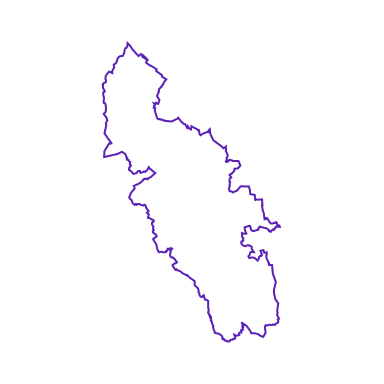 Thurles Lea-5, North Tipperary, Ireland (Equal Earth projection), rotated 240°
{"feature_id": "5873133B42625878328180", "entity_name": "Thurles Lea-5", "entity_type": "district", "adm_level": 2, "iso_a3": "IRL", "parent_name": "Ireland", "parent_adm1": "North Tipperary", "projection": "equal_earth", "projection_center": [-7.824, 52.667], "detail": "fine", "context": "isolated", "style": "outline", "palette": "violet", "viewbox_px": 384, "rotation_deg": 240, "n_neighbors": 0, "source": "geoboundaries", "source_scale": "gbopen_adm2", "svg_char_len": 6066}
<svg xmlns="http://www.w3.org/2000/svg" viewBox="0 0 384 384"><g transform="rotate(240 192 192)"><path d="M50.1,145.0L49.6,145.4L48.8,145.2L48.7,146.1L46.7,146.4L46.3,147.2L45.1,147.6L45.0,148.4L44.0,149.1L43.9,149.8L44.7,151.3L43.8,153.5L44.2,154.1L43.5,155.7L44.7,156.8L47.2,157.3L45.4,158.5L44.6,160.9L44.6,161.6L45.9,161.8L46.5,162.7L45.6,164.4L47.5,165.3L46.9,165.7L47.0,167.0L49.6,167.9L50.3,168.4L49.5,168.8L51.6,170.1L52.5,169.6L54.4,169.6L48.4,172.4L42.3,173.0L40.1,172.7L38.3,175.6L36.2,178.0L33.9,178.9L30.9,181.1L33.3,185.4L38.7,187.6L39.8,189.2L39.1,189.7L38.5,192.3L36.7,194.9L36.8,195.5L36.3,196.6L35.5,197.1L36.0,198.7L35.9,201.2L36.8,202.1L38.7,202.5L38.7,204.0L43.0,204.2L44.1,205.4L47.0,206.7L52.4,211.0L57.5,210.6L63.5,212.5L66.5,214.2L72.1,219.6L80.9,221.2L88.7,224.8L90.2,222.2L91.6,222.6L91.7,223.1L96.8,223.3L99.7,224.4L100.4,225.5L102.4,226.5L103.2,224.2L105.9,224.8L106.8,221.9L102.6,221.1L102.7,220.7L102.0,219.9L102.5,219.2L102.2,217.6L101.1,216.8L99.8,214.5L103.6,213.3L105.5,211.0L105.8,209.4L106.4,208.5L108.2,208.7L108.6,210.3L110.6,212.4L110.6,213.1L109.0,215.5L113.0,215.3L114.6,216.3L116.9,215.2L117.0,214.6L117.8,214.1L118.4,212.5L118.2,211.4L119.4,210.0L120.3,209.4L122.5,208.9L123.7,209.4L123.8,209.9L124.4,210.2L124.0,211.1L124.3,212.2L125.1,212.3L126.2,213.3L127.9,212.9L131.4,214.7L130.2,215.8L128.9,217.9L128.9,218.3L131.2,218.5L135.1,219.8L134.1,224.6L133.6,225.3L129.4,224.3L127.5,225.3L126.2,230.5L127.1,230.9L128.1,233.4L127.5,233.4L126.8,234.7L123.2,238.4L120.2,239.6L119.4,239.2L118.5,240.0L119.2,240.3L118.4,241.0L119.0,242.8L118.3,244.1L119.1,244.5L118.9,246.2L119.9,246.9L120.0,247.7L117.8,250.6L119.4,250.9L120.5,249.3L123.0,250.0L123.0,249.6L124.0,249.4L123.7,248.3L124.3,247.5L124.3,246.2L125.2,244.6L126.3,244.2L131.8,244.0L132.4,243.2L131.7,242.3L132.1,241.2L137.8,243.6L140.4,244.0L145.5,245.9L145.2,246.3L150.6,249.0L152.2,245.5L153.5,243.9L153.4,242.9L153.7,242.8L158.1,244.9L161.1,241.4L165.2,243.3L168.5,243.9L169.8,241.4L172.3,237.7L172.5,236.8L170.6,231.3L171.2,228.8L171.0,227.3L172.9,226.4L173.9,225.0L176.7,225.8L178.4,227.9L179.8,228.2L181.4,230.0L182.0,229.7L183.0,230.0L184.8,231.5L184.9,233.3L188.0,233.1L188.3,234.4L188.0,235.5L188.7,237.2L188.8,238.7L190.9,240.5L189.9,242.3L189.6,244.0L190.7,247.1L195.6,247.7L198.4,242.9L199.7,242.3L199.9,241.7L201.1,240.7L200.8,240.1L201.2,239.0L200.3,238.3L200.8,236.8L201.4,236.5L202.5,238.2L204.3,239.0L204.5,239.8L205.9,241.3L211.0,241.9L211.9,242.8L214.4,244.0L214.1,242.9L214.2,241.0L216.3,240.6L226.3,236.3L233.5,237.0L237.5,238.8L237.1,237.2L235.7,236.0L236.6,234.3L237.1,229.4L236.8,227.9L238.3,227.4L241.7,228.9L241.8,228.3L242.5,228.5L249.2,224.4L246.7,222.4L248.3,221.4L251.1,221.2L250.1,219.9L254.1,220.0L254.8,219.1L258.2,217.9L263.1,217.2L262.8,216.8L263.2,209.7L267.4,203.7L267.9,203.8L268.3,203.1L269.9,202.2L270.0,201.3L271.4,200.5L271.8,199.2L273.3,198.7L281.2,200.5L283.1,202.0L284.1,201.0L284.8,202.2L285.5,202.1L285.8,203.4L287.3,203.4L286.8,203.7L287.1,204.3L286.6,204.4L287.2,205.6L285.5,206.3L285.2,206.8L287.9,209.8L292.7,209.7L294.9,212.9L295.7,213.0L295.9,213.7L297.8,215.2L297.9,216.5L298.4,217.3L298.2,218.2L299.3,219.3L299.3,220.3L301.2,222.9L302.5,226.1L307.0,223.6L308.3,224.4L314.6,221.5L315.7,222.7L319.6,220.9L323.8,218.2L327.0,217.0L327.9,217.9L328.5,219.6L330.5,219.2L329.9,218.7L333.5,217.0L333.6,216.6L334.8,217.0L333.7,218.3L335.0,218.0L337.1,216.7L336.4,214.2L336.6,213.6L345.5,211.7L350.3,211.5L353.1,210.6L350.3,208.7L350.2,207.9L349.7,207.4L349.8,206.3L349.5,205.5L346.3,202.7L344.5,200.2L345.7,197.1L345.2,195.1L341.5,190.5L341.5,188.5L341.1,187.6L338.9,187.0L336.6,183.3L334.9,182.4L337.7,180.4L337.0,178.2L335.6,175.3L333.2,173.5L331.8,173.4L330.2,172.4L330.4,170.2L329.9,168.5L329.4,168.6L326.7,167.0L322.8,166.9L322.5,164.8L320.0,163.5L317.7,163.0L313.8,160.2L313.4,160.1L312.6,161.0L311.5,161.0L308.1,159.7L304.9,157.6L304.2,156.6L303.9,154.7L302.5,154.6L299.0,155.2L296.2,154.3L294.8,151.9L292.8,151.2L286.5,145.5L274.6,146.6L274.5,145.6L275.5,144.5L271.1,136.5L266.2,133.4L262.2,146.4L261.9,151.4L258.2,153.2L256.1,153.1L255.0,152.5L253.8,153.0L253.3,152.1L252.7,151.9L252.2,152.0L251.5,153.0L250.4,152.8L248.8,153.5L247.2,152.0L245.4,152.4L244.2,149.3L243.6,149.3L242.7,148.5L240.5,149.6L237.0,150.3L236.1,153.1L237.1,155.5L236.2,157.4L235.3,156.9L234.2,157.2L233.7,159.9L233.8,160.7L232.8,161.5L233.2,162.5L233.1,163.7L235.2,167.1L234.9,167.3L233.8,166.6L231.7,168.0L230.5,168.1L226.8,169.7L225.6,164.2L225.7,161.3L225.2,160.0L226.3,159.7L226.4,158.1L227.3,157.3L227.2,156.1L226.6,155.6L225.8,151.4L226.3,144.6L223.7,144.1L222.2,139.8L221.0,137.6L219.3,136.0L219.2,135.3L217.8,134.7L214.8,135.7L212.4,135.0L209.4,135.9L209.7,137.2L208.6,137.6L208.6,138.4L208.9,138.7L208.3,139.3L208.2,140.1L205.4,142.1L204.7,143.0L204.9,144.3L203.6,145.0L200.6,144.4L197.1,144.9L196.5,142.5L194.5,143.4L193.9,143.2L191.7,140.9L190.7,142.1L186.4,144.7L185.5,144.0L185.6,142.3L185.1,141.8L183.5,141.1L181.5,141.2L180.6,140.8L180.0,140.0L178.0,139.8L177.8,138.6L176.5,137.9L173.0,139.5L171.4,139.3L171.0,138.3L171.1,136.4L170.8,136.3L170.6,134.7L164.2,134.9L160.5,133.5L157.3,133.1L156.2,133.5L155.5,135.9L154.1,136.9L153.0,139.5L153.8,140.0L153.5,140.7L154.0,141.8L154.9,142.4L154.2,143.1L154.5,143.2L153.9,144.1L154.2,144.7L153.1,144.8L152.9,145.8L153.2,146.3L152.7,146.4L151.9,143.9L150.4,143.3L148.4,141.3L146.1,141.3L145.6,141.5L145.1,142.6L142.3,143.5L138.6,143.8L138.4,142.2L138.9,140.9L138.5,140.0L138.6,138.9L137.8,138.3L132.9,138.7L132.6,139.0L132.9,139.8L131.7,140.1L129.3,142.2L126.8,143.0L122.3,145.8L122.5,146.2L119.2,147.1L113.3,149.8L110.1,147.7L105.5,149.0L103.2,148.4L101.9,147.5L100.6,147.7L98.9,146.9L97.0,147.1L96.2,148.0L96.0,148.4L96.7,149.4L96.6,150.6L92.4,149.4L91.7,150.4L89.6,151.6L84.1,148.3L80.9,147.2L79.8,145.8L78.7,145.5L78.2,145.9L76.4,145.7L74.5,146.0L73.6,145.6L74.7,145.1L72.1,144.7L71.3,144.0L70.5,144.5L68.4,143.7L65.2,143.5L64.6,142.6L60.2,141.7L58.8,141.8L58.5,141.4L55.6,144.6L54.5,145.1L52.7,145.8L50.8,145.8L50.1,145.0Z" fill="none" stroke="#5b21b6" stroke-width="2"/></g></svg>